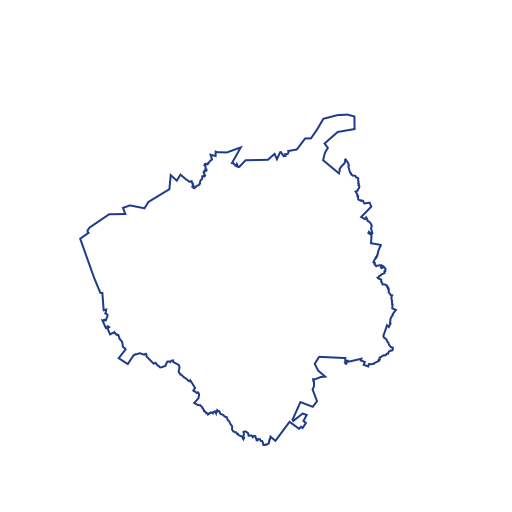 outline of Guerrero, Chihuahua, Mexico, rotated 27°
{"feature_id": "50627088B70809052051405", "entity_name": "Guerrero", "entity_type": "district", "adm_level": 2, "iso_a3": "MEX", "parent_name": "Mexico", "parent_adm1": "Chihuahua", "projection": "natural_earth1", "projection_center": [-107.504, 28.455], "detail": "fine", "context": "isolated", "style": "outline", "palette": "blue", "viewbox_px": 512, "rotation_deg": 27, "n_neighbors": 0, "source": "geoboundaries", "source_scale": "gbopen_adm2", "svg_char_len": 6156}
<svg xmlns="http://www.w3.org/2000/svg" viewBox="0 0 512 512"><g transform="rotate(27 256 256)"><path d="M296.1,131.5L292.0,129.2L291.7,129.7L292.6,131.6L292.7,133.2L291.3,138.1L291.0,140.6L291.8,141.9L292.4,144.7L272.3,140.2L270.6,132.8L270.9,127.0L266.0,124.6L272.5,108.4L286.2,98.1L280.3,87.0L273.3,88.5L264.6,93.5L253.7,103.2L253.1,114.3L251.6,126.2L246.4,129.0L244.0,142.6L237.1,147.8L237.9,148.5L237.9,150.5L235.7,152.2L236.9,153.3L235.2,154.5L231.0,152.1L230.4,152.6L230.7,160.3L226.2,156.6L222.9,164.9L203.3,175.4L200.6,184.3L199.8,184.8L197.9,184.8L198.5,184.2L198.1,184.1L197.8,183.0L197.4,182.8L197.6,183.3L196.6,184.7L196.1,184.2L194.1,184.0L193.9,183.7L192.4,184.1L193.1,166.2L183.0,177.0L174.1,181.2L172.7,181.3L174.6,185.3L169.6,186.4L173.0,190.0L172.1,191.7L171.4,194.5L171.5,195.0L171.2,195.0L170.9,195.8L171.1,196.2L170.9,196.5L170.2,196.3L169.2,196.7L169.0,196.9L169.5,197.3L168.8,198.5L170.3,199.0L171.5,201.4L172.5,201.3L173.1,202.4L172.3,203.2L171.4,203.4L171.3,204.1L171.6,205.0L170.7,205.6L172.2,205.4L172.9,206.8L174.2,207.5L173.9,208.6L173.1,208.6L171.9,209.3L173.0,211.8L172.3,213.6L172.6,215.8L173.2,216.7L172.9,217.8L173.1,218.2L171.3,220.8L170.4,223.5L169.5,223.8L168.7,223.3L168.8,222.9L168.4,222.9L168.5,222.6L167.8,222.9L167.9,221.9L167.3,220.7L166.9,220.7L166.6,220.0L166.0,219.9L165.6,219.3L164.8,219.4L164.5,218.7L163.3,220.0L158.9,219.5L151.8,217.8L151.2,224.8L143.3,222.7L148.5,235.8L135.6,256.7L135.0,264.1L120.8,268.1L115.6,273.5L120.5,277.9L106.2,285.5L94.9,306.0L94.3,309.7L95.0,311.0L96.3,311.4L91.5,320.4L121.2,348.5L134.0,359.5L135.9,358.7L144.9,373.5L146.8,371.7L147.9,374.8L147.8,375.5L150.2,375.7L150.9,376.8L151.4,381.5L150.2,381.4L149.5,382.0L149.9,382.8L149.5,383.3L148.7,383.3L155.6,388.9L155.1,387.9L155.6,387.6L155.5,386.3L155.9,385.8L156.6,385.9L156.2,386.3L156.3,386.6L157.2,386.5L156.5,387.9L161.6,392.1L164.3,388.2L165.0,389.0L165.5,388.6L166.8,389.3L167.5,389.0L168.1,389.5L169.2,388.9L172.3,391.9L175.3,393.0L177.3,395.2L178.0,396.7L179.5,397.6L181.3,397.8L182.2,398.4L180.1,409.4L190.8,410.5L192.0,399.9L192.7,399.5L193.2,398.2L194.4,397.6L196.5,395.4L201.1,394.7L201.3,394.0L202.3,393.1L203.5,394.0L203.7,394.9L204.1,395.2L213.7,398.4L214.9,396.7L218.0,398.3L218.9,398.0L220.8,398.8L221.9,398.4L225.2,395.1L224.9,393.8L225.0,390.3L226.2,389.5L227.7,389.6L228.0,387.8L229.5,386.7L230.4,388.0L236.8,388.2L238.5,390.1L239.4,393.7L240.4,394.9L242.4,395.5L242.6,396.0L243.4,395.7L246.5,396.7L250.2,397.1L252.4,397.9L253.7,397.8L253.9,396.6L261.6,401.2L261.2,404.3L261.9,404.7L263.3,404.4L265.4,405.0L266.0,403.9L267.3,404.3L268.4,405.6L269.3,408.9L267.7,415.0L272.1,415.2L274.0,414.2L274.3,414.6L276.8,415.1L277.5,416.1L278.2,416.1L279.9,417.2L280.2,417.9L281.7,417.8L283.1,418.7L283.6,418.3L284.5,418.3L285.2,419.0L286.0,417.7L286.0,416.8L286.5,416.6L286.7,416.0L287.3,415.7L289.0,415.8L288.7,414.5L290.0,413.0L290.8,413.1L291.1,414.0L291.8,414.4L291.5,413.6L292.1,412.4L291.5,412.1L291.9,411.8L291.6,411.0L292.6,411.3L293.1,410.9L294.5,411.4L295.0,412.3L295.9,412.8L299.1,412.5L300.6,413.2L301.8,413.2L303.2,412.9L305.1,414.9L307.2,415.5L309.6,417.4L312.0,418.5L313.4,421.4L315.4,422.6L317.9,422.4L318.3,422.1L319.7,423.0L320.3,422.8L320.3,423.1L322.0,423.5L325.4,423.2L328.0,425.0L328.0,423.5L326.8,422.4L325.8,419.7L324.7,418.5L325.5,417.5L326.6,417.0L329.6,417.6L331.0,419.5L333.6,417.9L335.4,418.9L335.9,417.2L337.1,416.8L338.6,418.5L339.5,418.5L339.9,419.7L340.8,419.9L341.7,417.8L342.5,417.4L344.2,418.6L345.4,418.1L346.7,418.9L347.4,420.1L348.5,421.0L349.6,420.5L350.1,419.5L350.8,419.6L351.5,418.8L351.9,417.8L352.5,417.2L352.0,415.5L352.2,415.1L352.7,415.1L351.6,414.6L351.3,412.6L351.6,412.5L351.6,412.0L351.0,410.4L357.2,411.9L361.2,388.5L372.9,390.4L373.6,387.7L375.6,388.2L376.3,382.1L373.2,381.5L373.3,374.6L369.1,375.2L364.1,386.0L362.9,385.3L361.9,366.0L375.0,364.6L376.3,357.7L367.0,349.2L366.8,345.6L364.4,341.2L363.7,341.3L362.9,339.8L363.9,339.7L368.7,334.4L372.4,332.1L363.2,329.8L357.3,325.4L358.0,317.2L381.9,306.4L384.3,311.2L385.2,311.2L385.4,310.0L385.1,309.0L384.5,308.7L384.0,309.0L384.3,308.2L385.4,307.6L386.7,308.0L396.5,299.7L396.8,301.5L401.0,301.0L401.4,304.1L406.2,303.4L405.6,301.1L406.0,300.6L407.2,300.5L410.0,298.5L409.9,298.0L413.2,293.5L412.5,293.0L413.3,291.9L412.2,290.6L414.8,286.5L416.6,285.7L416.8,284.0L417.3,283.3L418.0,283.2L417.8,280.9L419.1,278.9L419.9,278.7L420.5,277.5L419.5,275.6L417.4,275.9L414.8,274.7L413.4,273.3L412.0,272.7L409.7,270.9L407.3,270.7L405.8,269.6L404.2,258.2L406.6,259.0L406.5,256.3L406.2,255.9L406.6,255.2L405.5,254.3L405.3,252.9L404.7,252.1L404.3,250.1L404.4,247.8L404.8,246.7L404.2,246.0L405.1,240.5L401.2,240.8L400.1,238.2L399.4,237.5L399.6,237.0L398.7,236.3L397.8,235.0L397.8,234.3L395.7,232.2L395.5,230.9L395.0,230.0L395.1,229.3L393.9,229.7L390.5,227.9L390.1,226.5L389.2,225.8L389.3,225.3L388.5,225.3L388.1,225.0L388.0,223.9L386.5,223.9L386.1,223.0L385.3,222.8L383.4,223.0L381.6,223.9L380.6,222.7L379.1,222.0L379.1,221.4L378.1,220.1L375.4,220.5L374.2,220.1L374.9,219.0L374.9,218.0L376.0,216.7L376.0,215.5L378.3,213.0L377.5,211.5L377.9,211.1L377.5,210.9L377.7,209.4L377.0,208.5L374.6,207.5L374.4,208.5L373.3,209.8L372.7,209.5L373.6,208.1L373.5,207.7L372.3,207.2L371.6,208.0L370.7,207.8L369.1,209.3L368.0,209.7L367.7,210.5L365.6,209.7L365.0,208.2L364.1,208.5L363.4,208.3L363.4,203.2L363.5,202.8L363.8,202.8L363.5,202.2L364.0,201.4L363.6,200.9L363.8,200.3L363.4,199.4L363.6,198.4L363.0,197.4L362.6,195.1L362.3,191.4L362.6,190.9L362.1,189.5L352.7,192.4L349.5,185.0L345.7,184.5L345.6,183.2L348.9,183.8L349.4,183.0L345.8,178.9L345.6,176.8L344.8,175.9L343.1,174.8L340.8,174.0L339.5,174.1L338.7,173.0L336.7,171.6L336.4,173.7L332.0,173.5L336.3,159.7L333.0,156.9L328.7,160.0L326.3,158.3L325.6,158.3L324.8,159.2L323.7,158.8L322.6,159.4L320.9,158.7L319.8,156.3L319.2,156.6L318.6,155.4L315.5,153.4L316.8,151.8L316.6,150.7L316.9,148.9L316.7,147.4L316.2,146.7L315.2,146.5L315.1,145.2L314.0,144.8L313.8,143.4L312.4,142.0L312.2,140.8L311.2,140.1L309.6,140.6L308.3,139.6L306.8,139.8L305.7,140.5L303.4,139.9L303.1,139.2L301.8,138.8L297.8,134.5L297.8,133.2L297.3,133.1L296.1,131.5Z" fill="none" stroke="#1e3a8a" stroke-width="2"/></g></svg>